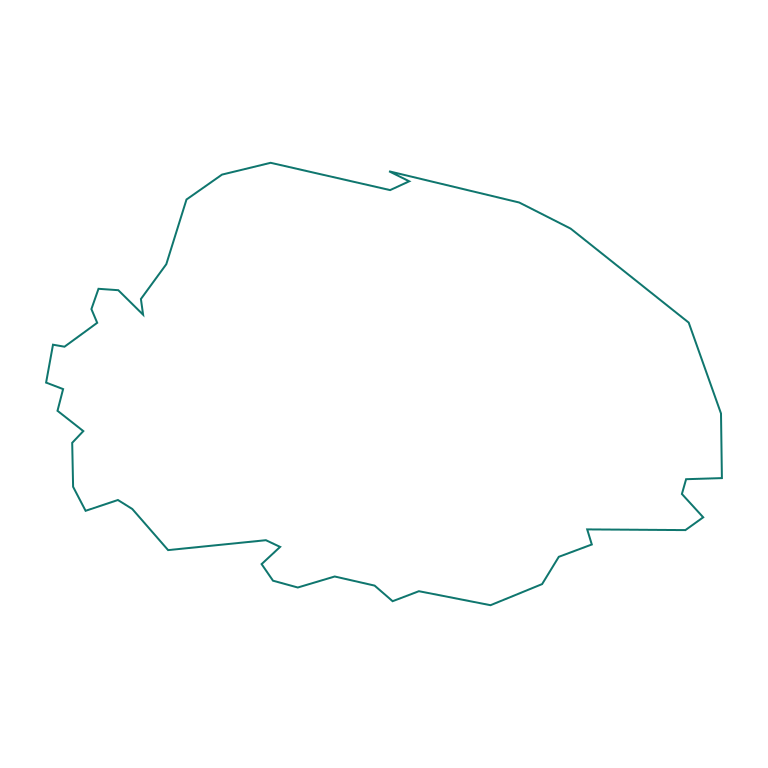 outline of Norfolk
{"feature_id": "GBR-2319", "entity_name": "Norfolk", "entity_type": "Administrative County", "adm_level": 1, "iso_a3": "GBR", "parent_name": "United Kingdom", "parent_adm1": "", "projection": "orthographic", "projection_center": [0.894, 52.67], "detail": "coarse", "context": "isolated", "style": "outline", "palette": "teal", "viewbox_px": 768, "rotation_deg": 0, "n_neighbors": 0, "source": "natural_earth", "source_scale": "10m", "svg_char_len": 702}
<svg xmlns="http://www.w3.org/2000/svg" viewBox="0 0 768 768"><path d="M98.5,288.8L118.3,290.2L143.1,314.7L140.9,299.0L166.3,264.2L186.5,199.5L222.0,174.6L270.6,162.8L390.1,190.1L409.2,181.3L389.1,171.3L519.2,202.5L570.6,228.6L688.7,322.6L721.0,413.5L721.9,478.1L686.1,479.2L681.9,494.0L703.2,517.3L685.4,530.1L587.2,529.4L591.8,544.5L558.8,556.8L542.1,584.1L490.5,605.2L418.9,591.2L392.6,601.2L374.6,585.6L334.7,576.5L297.8,587.5L273.0,580.7L261.6,564.1L280.1,546.9L265.9,540.2L168.1,550.1L132.3,509.0L117.9,500.0L85.6,510.8L73.1,486.8L72.2,442.8L83.3,431.1L57.5,410.8L63.1,389.1L46.1,382.6L53.0,344.7L64.5,346.7L97.2,322.8L91.4,309.1L98.5,288.8Z" fill="none" stroke="#0f766e" stroke-width="2"/></svg>